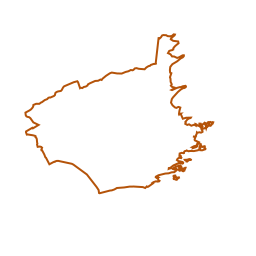 Kandieng, Pouthisat, Cambodia (Robinson projection), rotated 58°
{"feature_id": "14789045B76302811248791", "entity_name": "Kandieng", "entity_type": "district", "adm_level": 2, "iso_a3": "KHM", "parent_name": "Cambodia", "parent_adm1": "Pouthisat", "projection": "robinson", "projection_center": [104.048, 12.697], "detail": "fine", "context": "isolated", "style": "outline", "palette": "amber", "viewbox_px": 256, "rotation_deg": 58, "n_neighbors": 0, "source": "geoboundaries", "source_scale": "gbopen_adm2", "svg_char_len": 5766}
<svg xmlns="http://www.w3.org/2000/svg" viewBox="0 0 256 256"><g transform="rotate(58 128 128)"><path d="M58.3,196.0L59.6,197.1L60.2,198.3L60.8,200.3L60.9,202.2L60.6,206.8L62.8,207.9L64.2,208.0L65.1,207.5L66.5,206.1L67.9,205.6L73.1,205.3L78.0,202.2L77.9,208.8L77.2,208.8L77.1,209.3L76.9,216.3L77.6,216.8L80.0,217.3L80.4,216.4L83.8,212.5L85.4,211.0L86.1,210.7L86.7,211.3L88.0,211.0L89.0,211.2L92.2,212.8L93.2,213.1L93.8,213.9L96.1,214.6L97.0,212.6L98.1,211.6L99.2,211.3L99.8,212.2L100.4,212.5L100.4,212.9L101.1,213.2L101.7,212.7L106.0,213.0L109.1,213.6L109.8,213.3L117.1,213.9L117.4,209.5L117.6,208.2L117.9,208.0L117.8,207.2L118.1,206.0L118.9,204.6L128.6,194.6L130.1,193.7L145.6,187.5L161.3,185.9L165.0,185.8L167.8,187.0L168.3,186.6L171.5,176.4L172.3,174.8L172.9,172.1L173.0,169.2L176.4,162.7L178.6,157.6L180.8,154.0L186.0,146.7L188.0,145.2L187.5,143.0L188.2,142.8L188.5,142.0L188.2,136.2L187.5,136.5L187.4,135.2L188.0,132.6L189.2,131.2L189.7,129.9L189.5,129.3L188.2,129.9L186.7,129.2L186.0,130.0L185.1,130.3L185.2,129.8L184.8,129.5L185.4,128.5L184.8,128.7L184.3,130.4L184.0,130.9L184.2,127.2L186.4,120.5L188.0,117.5L188.7,114.5L190.0,112.1L189.6,109.4L189.4,109.2L187.8,109.2L187.4,108.8L187.8,108.7L188.8,109.0L189.6,107.9L189.8,106.7L190.2,106.3L190.9,107.1L191.4,107.0L192.5,104.9L192.5,103.7L193.0,101.4L192.2,100.3L192.0,100.6L192.1,101.8L190.5,104.2L190.4,104.9L190.1,105.1L190.2,104.1L189.3,103.5L188.9,104.6L189.9,105.9L188.5,105.4L187.9,105.7L187.5,105.4L186.6,106.4L185.9,108.1L186.2,108.9L186.5,108.5L186.7,108.8L186.2,109.7L186.7,110.1L186.4,110.4L186.9,110.9L187.6,110.1L187.7,110.7L186.3,111.9L184.9,112.2L184.6,112.7L184.6,114.0L184.3,114.3L184.2,115.1L183.6,114.6L184.2,113.2L183.8,109.3L184.5,104.2L185.0,102.8L187.1,100.7L187.1,100.0L186.5,99.5L185.7,99.8L183.5,101.9L183.3,102.6L181.1,103.5L180.4,102.3L180.3,101.0L180.6,100.0L181.7,98.9L181.5,98.5L180.8,98.7L180.0,98.1L179.4,98.1L178.8,99.1L177.0,97.7L177.5,95.6L178.8,94.3L178.9,93.8L178.1,93.2L177.7,92.3L178.2,90.8L178.1,90.2L179.8,89.0L180.4,87.5L182.5,84.3L184.0,80.4L183.5,78.1L182.5,77.8L182.0,77.4L180.3,75.0L179.9,75.4L179.1,75.4L178.6,75.8L178.6,77.3L180.2,79.1L180.3,80.3L179.5,83.5L179.3,83.2L179.7,81.2L179.5,79.8L178.8,81.7L178.6,83.3L178.3,83.6L178.4,81.8L179.1,79.7L179.0,78.9L177.6,77.0L177.7,75.7L177.6,75.4L174.0,77.8L173.4,77.8L172.8,77.4L171.6,75.8L169.6,77.3L170.6,76.1L170.8,74.5L170.1,74.1L169.5,73.0L168.3,71.9L168.7,71.8L169.6,69.5L170.6,68.6L170.8,66.9L170.1,66.4L168.2,66.4L167.0,65.9L164.4,66.3L162.9,67.6L161.1,68.1L160.4,68.6L161.8,69.3L160.3,70.1L159.6,73.1L157.2,74.3L156.8,76.1L154.8,77.2L154.0,76.2L153.3,76.2L152.2,73.1L152.2,71.4L152.7,69.6L152.5,69.2L150.1,73.3L149.2,76.6L144.6,75.9L143.9,76.4L143.8,75.7L143.5,76.3L143.7,77.5L143.2,77.4L140.8,75.4L138.4,72.8L137.1,73.8L136.8,74.2L136.6,76.3L135.4,77.3L132.4,78.2L129.3,78.1L126.7,75.5L125.9,73.7L123.9,66.6L123.3,62.7L123.4,61.4L123.2,60.7L122.4,59.9L121.8,59.7L121.5,60.0L121.6,60.9L120.8,62.4L119.9,65.3L119.2,70.6L118.8,70.9L119.1,66.8L118.8,66.8L116.4,68.9L114.8,69.2L114.4,68.0L113.9,67.7L111.5,67.4L108.8,65.9L107.2,65.5L104.5,62.2L103.4,62.9L102.9,62.7L101.1,61.8L98.6,59.8L97.4,56.6L97.5,51.0L96.9,46.6L97.1,44.1L96.7,42.7L96.2,42.2L95.9,42.1L95.3,43.2L95.1,47.2L94.6,49.2L91.8,51.0L90.7,52.7L88.0,52.9L85.7,54.4L84.5,52.2L84.8,50.8L85.4,49.2L85.1,48.5L85.4,48.0L84.1,46.8L83.4,44.2L82.9,40.2L81.2,39.6L78.0,43.5L75.7,44.6L75.2,43.9L75.0,44.2L74.7,43.8L74.1,39.4L73.6,38.7L72.8,39.6L73.2,42.1L72.3,44.1L71.0,45.8L69.6,46.4L67.9,48.8L67.6,50.1L68.5,51.9L68.9,54.0L68.6,54.3L67.3,53.9L87.4,69.9L88.2,70.2L87.9,71.3L87.3,72.2L86.6,75.3L86.9,76.4L86.4,77.8L86.4,80.4L87.0,82.8L83.5,87.5L81.8,89.0L81.1,90.6L81.6,92.6L81.5,93.5L80.3,94.9L80.1,97.6L79.2,100.3L78.5,104.5L75.9,108.4L72.4,112.4L72.0,114.4L72.1,119.0L72.7,123.5L73.3,124.9L72.3,125.7L72.1,128.3L70.7,130.9L69.9,136.5L69.8,138.9L70.5,139.8L70.5,141.8L69.8,143.7L69.9,145.6L68.6,147.0L68.7,147.5L62.7,146.1L61.5,146.2L60.4,149.8L58.8,160.1L59.2,161.5L60.7,164.1L61.0,165.3L59.9,168.0L59.6,169.6L59.8,171.0L61.4,172.6L61.6,173.9L61.0,177.8L60.5,178.4L60.2,179.5L60.7,181.2L60.2,183.8L60.5,187.3L60.3,188.1L60.5,190.4L58.8,193.1L58.3,196.0ZM168.8,61.5L168.4,60.6L168.8,60.6L169.1,60.2L168.6,59.3L168.8,59.0L168.7,58.4L168.1,57.0L169.4,57.5L169.9,56.8L169.4,55.1L168.1,54.1L166.6,54.8L166.3,55.6L166.2,56.1L167.6,56.8L166.5,57.0L166.6,58.3L165.0,59.5L164.8,60.0L166.7,60.1L167.3,60.6L167.0,60.8L165.9,60.5L165.4,60.8L165.3,60.5L164.2,60.4L164.3,61.2L164.6,61.3L164.4,63.3L164.6,63.7L166.3,64.0L167.2,64.9L168.0,65.2L168.7,64.1L168.8,61.5ZM185.9,74.1L184.3,72.6L183.8,73.0L184.0,73.5L183.4,75.2L181.5,75.2L181.4,75.5L181.6,76.1L183.1,77.4L185.1,78.5L186.2,77.0L187.0,73.7L186.7,73.3L186.2,73.3L185.9,74.1ZM197.3,113.3L197.2,111.1L196.8,111.0L196.1,112.8L195.9,113.1L194.9,113.2L194.6,114.0L193.9,114.3L194.1,113.4L193.4,113.1L192.8,114.1L192.9,114.9L193.4,115.0L193.7,114.6L195.2,116.2L195.6,116.2L196.7,114.9L197.2,114.8L197.7,114.2L197.7,113.7L197.3,113.3ZM166.0,64.6L164.1,63.8L163.6,64.2L162.9,64.0L162.1,65.1L163.1,65.9L163.6,66.0L166.0,65.3L166.2,64.9L166.0,64.6ZM186.0,95.6L187.3,96.2L187.8,95.7L187.5,93.3L188.4,91.7L188.2,91.4L187.5,91.7L186.8,92.5L186.0,95.6ZM123.8,59.4L124.0,58.5L123.9,57.3L123.4,56.8L122.7,56.9L121.9,58.8L122.8,59.4L123.8,59.4ZM187.5,105.4L188.5,104.7L188.9,103.5L188.7,103.3L187.5,103.5L187.1,104.2L186.7,105.0L187.5,105.4ZM192.6,103.2L193.8,104.2L194.0,104.0L194.0,102.7L193.7,102.6L192.6,103.2ZM169.2,53.9L168.3,52.7L167.8,53.2L167.8,53.7L169.1,54.4L169.2,53.9ZM186.0,95.6L185.7,95.6L185.1,96.7L185.5,96.7L185.9,96.2L186.0,95.6ZM166.5,57.0L166.6,56.6L165.7,56.5L165.5,57.0L165.7,57.3L166.5,57.0ZM168.8,61.5L169.3,61.8L169.7,61.9L169.1,61.2L168.8,61.5Z" fill="none" stroke="#b45309" stroke-width="2"/></g></svg>